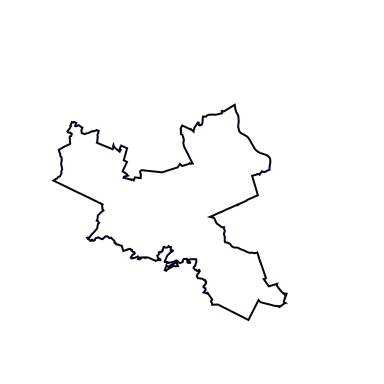 Cenu pag., Ozolnieku, Latvia (orthographic projection), rotated 213°
{"feature_id": "27541924B81611305918956", "entity_name": "Cenu pag.", "entity_type": "district", "adm_level": 2, "iso_a3": "LVA", "parent_name": "Latvia", "parent_adm1": "Ozolnieku", "projection": "orthographic", "projection_center": [23.864, 56.687], "detail": "fine", "context": "isolated", "style": "outline", "palette": "ink", "viewbox_px": 384, "rotation_deg": 213, "n_neighbors": 0, "source": "geoboundaries", "source_scale": "gbopen_adm2", "svg_char_len": 6044}
<svg xmlns="http://www.w3.org/2000/svg" viewBox="0 0 384 384"><g transform="rotate(213 192 192)"><path d="M141.5,214.4L141.6,215.1L135.0,225.2L150.4,238.3L147.3,241.8L147.3,242.2L146.4,243.2L144.8,243.2L144.8,245.6L144.4,247.0L144.5,247.4L142.0,248.2L141.1,249.6L140.6,250.8L139.1,252.9L140.0,254.2L140.9,255.9L142.4,259.4L143.4,261.0L144.9,262.6L145.9,263.1L147.3,263.5L148.3,263.6L151.3,263.2L155.9,261.9L158.8,261.6L162.4,262.2L172.8,267.5L175.5,268.5L178.4,268.5L182.8,268.0L185.3,268.6L188.8,271.8L191.3,276.7L194.3,280.7L195.8,281.8L198.1,282.9L199.7,284.1L203.7,288.4L209.3,276.6L210.8,276.6L211.1,276.1L210.5,274.9L209.8,274.2L214.3,269.6L217.5,267.8L217.7,267.4L218.5,267.1L219.4,266.4L220.6,265.2L221.4,263.3L221.3,263.1L221.6,262.5L222.5,262.0L223.3,261.7L223.9,261.2L221.1,256.0L220.4,253.7L221.8,252.6L221.7,252.1L222.8,251.9L223.4,252.2L223.4,253.0L224.3,253.8L225.0,253.3L224.9,247.2L224.1,244.2L223.7,243.6L227.1,244.1L227.1,243.7L227.5,243.7L234.6,242.7L236.5,242.4L236.6,242.1L235.9,239.5L236.1,239.0L235.9,238.7L234.8,237.9L234.6,237.5L234.7,237.1L234.5,236.9L233.4,236.0L233.4,235.3L233.1,234.7L232.4,234.4L231.7,234.6L231.0,234.6L228.0,232.1L226.9,230.9L226.6,230.2L226.7,229.7L225.7,228.1L225.0,227.3L223.4,225.8L207.0,216.2L208.8,214.8L209.0,214.7L209.7,214.9L209.8,214.2L210.1,213.6L214.4,208.4L217.4,209.0L217.4,204.9L227.8,192.2L246.1,182.9L246.8,181.2L246.2,180.1L244.6,179.1L242.6,175.7L247.8,173.2L247.2,170.1L248.1,170.3L249.4,169.8L249.4,169.1L249.9,169.2L257.2,166.7L257.4,167.7L254.8,170.7L255.1,170.7L255.6,171.2L256.1,171.4L259.1,171.6L260.4,171.4L261.5,171.6L262.9,181.9L266.5,181.4L270.2,193.3L276.7,192.4L276.1,188.6L274.9,188.6L274.6,186.4L279.0,186.8L282.2,187.6L283.5,188.7L283.1,187.3L282.2,186.7L281.9,184.6L298.6,181.5L298.7,182.1L299.3,183.2L299.7,184.3L300.1,184.9L301.2,187.0L302.4,188.3L302.8,190.6L303.7,192.5L305.7,191.9L305.6,191.7L308.0,188.9L308.7,188.9L310.4,186.0L313.5,182.2L316.5,181.4L318.3,183.3L319.0,186.3L321.2,186.2L322.9,186.4L323.7,186.1L323.9,185.4L325.3,183.8L326.0,183.7L326.6,186.8L329.1,186.5L329.4,185.6L330.8,185.4L330.1,181.2L329.3,181.2L329.2,178.5L329.5,174.9L328.2,174.5L326.2,175.5L324.5,175.3L323.8,173.2L324.7,171.9L324.1,170.9L320.4,166.1L320.6,165.6L323.7,160.6L326.7,154.7L322.9,151.8L321.8,150.3L320.1,149.9L319.8,149.1L318.6,148.0L318.1,146.4L316.8,143.8L316.0,143.2L313.4,140.6L313.2,140.1L312.9,138.2L312.1,137.4L311.4,135.1L311.3,133.3L312.2,131.9L312.6,130.8L312.6,129.5L313.2,128.9L314.5,126.1L286.9,129.5L285.3,129.8L260.2,132.9L259.8,131.2L258.4,129.9L257.9,128.9L256.2,128.3L257.0,126.2L258.2,121.1L256.6,118.0L256.3,116.1L255.1,116.4L253.2,115.5L253.4,113.8L251.7,109.8L252.3,105.2L253.1,101.6L253.2,99.3L253.1,97.9L254.4,97.2L255.0,96.5L253.3,95.9L251.2,96.0L250.6,95.6L250.2,95.8L250.2,96.9L249.9,97.3L249.4,97.7L249.0,97.3L248.4,97.2L247.4,98.3L247.3,98.8L247.6,99.8L247.6,100.6L247.5,101.1L246.7,101.8L246.3,102.5L245.7,102.9L242.8,103.2L241.4,103.7L241.2,104.0L241.3,104.6L240.7,106.1L240.7,106.9L240.4,107.6L238.6,108.8L236.7,108.4L236.0,108.5L235.6,109.2L235.0,109.6L234.4,109.3L232.9,109.2L230.4,108.7L230.1,108.5L229.8,107.6L229.4,107.2L229.0,107.1L228.1,107.6L227.9,107.5L227.4,106.5L227.6,106.3L225.4,107.7L223.4,108.0L221.6,108.6L217.5,105.1L214.7,108.6L214.8,108.7L213.4,110.4L210.9,110.7L210.9,110.0L209.0,109.7L207.5,110.1L207.2,110.0L206.5,109.1L206.5,108.7L207.2,108.0L207.8,106.0L207.5,104.8L207.7,103.8L206.6,103.3L205.8,103.9L204.1,105.8L202.4,107.9L202.3,108.5L200.9,108.2L200.5,107.0L200.6,106.5L199.6,106.8L198.7,107.9L198.9,109.0L199.0,109.1L198.5,109.4L198.6,109.7L196.2,111.3L195.9,111.1L195.1,111.2L195.0,112.3L192.5,113.3L185.3,114.4L185.4,114.6L184.6,115.0L183.6,116.3L181.5,117.5L181.8,118.2L184.8,118.2L185.9,119.3L186.5,119.7L185.8,121.6L187.0,123.2L186.1,124.5L185.3,124.4L184.6,126.5L185.1,127.1L184.9,127.5L185.2,127.9L185.3,128.9L185.9,130.4L185.6,130.9L184.3,130.9L183.1,131.3L182.4,132.3L182.1,133.2L182.1,133.9L180.6,133.6L179.7,134.3L178.0,131.4L176.3,132.6L176.2,132.6L175.9,131.7L177.1,129.5L178.1,125.3L177.0,118.7L176.8,118.5L175.8,119.3L174.3,119.9L174.0,118.9L170.5,122.3L169.3,123.8L167.8,126.1L166.2,126.1L166.4,124.1L166.9,124.4L168.5,120.9L168.8,121.1L170.5,118.0L170.9,116.7L172.1,116.0L173.5,116.5L172.3,111.6L170.7,111.9L170.8,112.3L170.7,112.9L169.5,115.6L167.3,119.6L163.3,122.2L165.1,123.3L165.6,125.6L163.2,126.0L161.6,128.4L162.6,129.8L162.5,130.6L162.2,131.5L159.9,133.1L159.3,132.7L157.3,130.3L155.0,131.4L155.2,132.0L157.6,132.7L157.8,133.4L156.4,135.0L151.9,137.9L150.6,136.4L149.7,133.4L149.2,132.3L149.6,130.6L149.4,129.2L149.2,129.0L147.2,128.4L146.5,128.5L146.0,129.0L145.6,128.6L144.3,128.7L143.6,130.5L142.4,130.0L142.3,126.8L142.5,126.1L142.5,124.7L142.1,124.1L140.1,123.0L136.3,124.8L135.2,124.9L134.0,124.8L133.4,125.3L132.6,125.0L132.8,124.7L132.1,124.7L131.0,124.1L130.7,123.6L131.1,123.1L130.5,122.4L130.7,120.8L131.1,119.7L130.7,119.3L130.6,118.5L129.4,118.3L128.5,118.6L127.2,117.2L127.6,114.1L124.2,115.0L124.3,115.9L124.2,116.0L116.5,112.8L116.6,110.8L116.0,110.3L113.7,108.9L113.6,108.5L109.0,111.7L108.5,111.8L75.0,115.4L77.3,137.6L74.5,136.9L60.5,141.6L58.9,142.5L58.2,142.6L57.9,143.2L56.0,143.2L56.1,144.1L55.7,144.2L53.5,149.5L53.2,149.8L55.3,149.8L56.0,152.6L56.1,153.8L56.6,153.8L56.7,156.2L57.2,158.2L59.4,157.2L58.8,156.5L62.4,157.1L67.2,158.6L69.9,159.9L70.1,160.1L70.5,161.4L76.2,154.7L84.4,158.0L83.0,159.8L83.0,160.0L96.4,170.5L96.5,170.4L98.3,171.8L98.4,172.0L99.7,172.9L100.6,173.7L100.5,173.8L104.3,176.9L105.3,175.5L106.0,174.9L108.6,173.8L110.4,172.5L111.7,172.0L113.0,171.7L117.5,171.2L119.9,170.5L122.8,170.3L124.3,169.7L126.3,168.5L127.5,168.1L129.2,168.2L131.1,168.9L133.1,169.2L134.3,169.0L136.7,167.9L137.6,168.3L140.0,172.1L142.1,173.9L142.4,174.3L142.7,175.2L143.3,177.3L145.3,178.8L145.8,179.4L146.0,179.9L147.6,178.7L154.4,179.1L159.3,182.3L163.4,180.9L160.5,185.2L159.7,186.6L157.0,190.7L156.6,191.0L155.3,193.4L147.3,205.6L146.9,205.8L146.7,205.7L146.2,206.5L146.5,206.8L141.5,214.4Z" fill="none" stroke="#020617" stroke-width="2"/></g></svg>